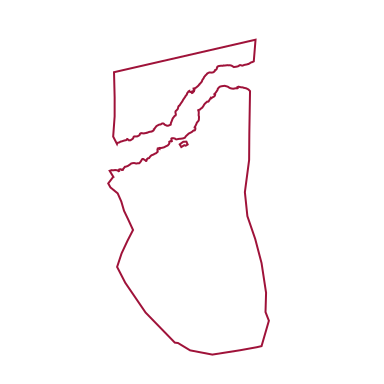 Zemam Out, Al Bahr al Ahmar, Egypt (Albers equal-area conic projection), rotated 97°
{"feature_id": "37247803B70127900746184", "entity_name": "Zemam Out", "entity_type": "district", "adm_level": 2, "iso_a3": "EGY", "parent_name": "Egypt", "parent_adm1": "Al Bahr al Ahmar", "projection": "albers", "projection_center": [31.154, 27.336], "detail": "fine", "context": "isolated", "style": "outline", "palette": "rose", "viewbox_px": 384, "rotation_deg": 97, "n_neighbors": 0, "source": "geoboundaries", "source_scale": "gbopen_adm2", "svg_char_len": 5813}
<svg xmlns="http://www.w3.org/2000/svg" viewBox="0 0 384 384"><g transform="rotate(97 192 192)"><path d="M134.4,202.4L135.9,203.6L136.3,204.0L137.7,205.1L138.5,205.4L138.9,205.6L139.7,207.0L140.1,208.1L140.6,210.1L140.7,210.8L141.0,211.9L141.5,213.3L141.7,214.1L141.5,214.8L141.1,215.3L140.9,216.5L140.9,217.2L141.0,218.0L141.2,218.7L141.4,218.9L141.5,219.0L141.8,219.0L142.7,218.7L144.0,218.2L144.3,218.6L144.1,219.5L144.9,220.7L145.1,220.7L145.3,220.6L146.2,220.4L146.4,220.4L147.4,220.8L148.8,221.8L149.7,223.3L150.7,224.7L151.1,225.3L151.9,227.4L152.1,228.2L152.2,229.5L152.4,229.6L152.6,229.6L153.0,229.4L153.3,229.4L153.2,229.9L152.6,230.2L152.6,230.5L152.9,231.3L153.1,231.3L154.5,231.5L155.1,231.1L155.8,231.0L156.4,231.3L156.5,231.2L157.9,232.4L158.8,234.0L159.3,234.5L159.9,235.5L160.2,236.2L160.9,237.1L162.3,238.1L163.0,238.4L163.6,238.8L163.9,239.4L163.9,239.8L164.0,240.0L164.3,240.2L164.7,240.6L165.6,240.8L166.7,241.1L166.8,241.5L166.3,242.1L166.1,242.4L165.6,243.6L165.2,244.4L165.2,244.9L165.3,245.2L165.7,245.6L167.8,246.5L168.8,247.1L169.7,247.7L170.0,248.1L170.0,248.8L170.0,249.2L170.3,249.9L170.5,250.6L170.5,251.4L170.3,252.4L170.4,253.5L170.5,254.1L171.1,255.8L171.8,256.5L172.1,256.7L173.9,258.8L174.2,259.3L174.8,260.5L174.9,260.9L175.2,261.4L175.2,261.7L176.2,262.3L176.9,262.6L177.3,263.1L178.4,263.2L178.5,263.3L178.6,263.6L178.6,264.2L178.7,264.4L178.5,264.7L178.5,265.1L178.1,265.4L178.2,266.3L178.5,266.7L178.6,267.1L179.3,267.3L179.8,267.3L180.1,267.1L180.3,267.5L180.0,267.8L179.5,269.1L179.6,270.1L179.5,270.4L179.6,270.8L179.6,271.2L179.9,272.1L180.1,273.1L180.1,273.5L180.2,274.0L180.1,274.4L181.0,276.3L186.6,271.9L186.7,272.1L193.7,276.2L197.4,273.5L202.4,265.6L210.1,261.0L218.9,257.2L226.7,252.2L236.9,245.9L248.0,250.0L261.5,254.4L275.5,257.2L290.2,247.2L317.3,223.4L343.6,190.7L343.6,187.5L349.4,174.6L350.9,152.0L343.3,125.3L338.2,108.9L336.5,104.2L310.4,100.0L302.2,104.4L283.0,106.2L254.1,114.3L231.0,123.5L209.2,134.1L185.7,139.5L153.3,139.2L126.4,142.3L84.8,146.7L84.6,146.9L83.3,148.6L82.5,150.8L82.4,151.7L82.3,152.6L82.3,153.2L82.0,154.3L82.0,154.9L82.1,156.1L81.8,158.7L82.4,159.7L83.3,159.3L83.6,159.7L83.7,161.3L84.2,162.8L84.4,163.2L84.5,164.8L84.3,166.6L83.9,167.8L83.7,168.2L83.3,168.8L82.9,170.4L82.8,171.6L82.6,172.4L83.0,174.0L83.5,175.8L84.1,177.2L85.2,178.2L86.5,179.0L87.3,179.0L87.8,179.2L88.4,179.5L90.0,180.3L91.8,181.4L92.1,181.7L92.3,181.4L92.6,180.9L93.7,181.1L94.8,182.0L95.6,183.3L96.6,184.2L96.2,184.8L100.1,186.6L100.4,187.0L100.4,187.9L101.5,188.9L102.2,189.5L102.8,190.0L103.8,190.6L105.1,191.1L105.9,191.5L106.3,191.8L106.9,192.0L107.6,192.7L108.0,193.2L108.5,193.7L108.9,193.9L109.3,194.3L109.4,194.6L110.0,195.8L110.5,195.7L110.7,195.4L111.4,195.1L112.2,195.0L113.0,194.9L114.7,194.8L115.3,194.7L116.5,194.2L119.6,194.0L120.2,194.1L120.6,194.3L121.8,195.1L122.5,195.6L123.4,195.8L125.7,196.5L127.4,197.3L127.5,197.3L127.5,197.1L127.8,196.8L128.0,196.5L128.4,196.4L129.5,196.4L130.4,196.7L130.6,196.9L130.6,197.6L130.8,198.0L131.5,198.7L132.0,199.0L133.1,200.4L134.4,202.4ZM148.7,208.1L146.2,210.0L143.2,206.8L142.7,203.7L145.4,202.1L146.8,203.9L146.5,205.4L148.7,208.1ZM82.6,284.0L107.6,280.3L126.4,278.0L146.6,277.0L153.5,272.3L153.0,272.2L152.2,271.7L151.6,270.1L150.7,269.1L150.4,268.1L149.1,265.4L149.1,265.2L148.8,264.6L148.8,264.3L148.5,263.6L147.9,263.0L147.6,263.0L147.3,262.8L147.3,262.5L148.0,261.6L148.2,260.9L148.4,260.8L148.2,259.5L148.0,259.2L146.4,257.3L145.3,256.8L144.8,256.8L144.2,256.5L144.0,256.3L143.8,255.7L143.8,255.1L143.6,254.2L143.6,253.5L143.3,252.8L142.3,251.4L141.9,251.0L141.5,250.9L140.6,250.7L140.4,250.6L140.2,250.3L140.1,249.9L139.8,249.7L139.7,249.1L139.8,247.6L139.7,246.8L139.6,246.7L139.1,245.0L138.8,244.4L138.7,244.2L138.8,244.0L138.5,243.5L138.4,243.2L138.0,242.7L137.5,241.6L137.1,240.2L137.0,239.5L136.8,239.4L135.8,237.9L135.5,237.6L134.7,237.4L134.4,237.5L134.2,237.2L134.4,237.2L134.1,237.0L133.6,236.9L130.9,235.3L129.3,233.1L129.0,232.4L128.9,231.7L128.6,231.1L128.0,230.5L127.6,229.9L127.5,228.7L127.8,228.1L128.0,228.0L128.5,227.3L128.7,226.9L128.9,226.0L129.2,225.3L129.2,224.2L129.0,223.5L127.9,221.6L127.8,221.4L127.3,221.3L126.3,221.4L124.2,220.8L121.3,220.1L118.6,218.5L118.0,217.6L116.9,217.5L115.2,218.1L114.3,218.2L113.6,218.0L113.1,217.5L111.6,216.4L111.1,216.2L110.8,216.2L110.4,216.1L109.2,216.0L108.3,215.7L108.0,215.5L107.9,215.1L107.3,214.7L107.0,214.6L105.7,214.0L103.3,212.7L101.2,211.9L100.4,211.4L100.1,211.3L98.5,210.4L97.7,210.2L97.4,209.9L96.6,209.5L96.0,209.0L94.8,208.9L94.3,208.7L93.8,208.3L93.5,208.2L93.1,207.9L92.7,207.8L92.4,207.5L92.2,207.2L92.3,207.2L92.7,206.1L93.0,205.9L93.0,205.4L92.9,205.0L93.0,204.7L93.4,204.1L93.7,204.0L93.6,203.7L93.2,203.3L93.0,203.2L92.7,203.2L92.2,203.4L91.9,203.6L91.8,203.3L91.9,203.0L92.2,202.8L91.9,202.3L90.9,202.4L90.4,202.0L89.9,202.0L89.7,202.1L89.5,202.4L89.7,202.8L89.6,203.0L89.1,203.1L88.8,202.1L88.0,200.8L86.2,199.1L85.3,198.4L84.7,198.1L84.4,197.7L83.8,197.6L83.2,197.0L81.2,195.7L79.7,195.4L79.0,195.1L77.9,194.4L76.7,194.1L76.0,193.7L75.3,193.2L74.8,193.0L73.3,191.7L72.7,191.5L72.5,191.3L72.0,190.6L71.6,190.0L71.2,189.2L71.1,187.1L71.0,186.6L70.6,185.5L70.2,185.0L69.9,184.7L69.1,184.1L68.6,184.2L68.3,184.1L67.8,183.1L67.3,182.7L66.5,182.4L65.7,182.4L65.1,182.1L64.6,182.1L64.4,181.9L63.8,181.1L63.8,180.8L63.3,179.4L63.0,177.6L63.0,177.0L62.9,176.8L62.8,176.4L62.6,176.2L62.5,175.0L61.9,172.6L61.8,171.9L61.8,171.4L61.8,171.1L61.6,170.0L61.6,169.4L61.7,168.5L61.9,167.8L62.9,165.7L62.6,164.7L62.3,163.5L62.2,163.2L61.7,161.8L61.2,161.0L60.4,160.3L60.2,159.6L60.2,159.0L60.4,158.3L60.4,157.2L59.5,155.6L58.6,152.8L58.2,152.2L58.1,151.5L57.9,151.4L57.4,150.6L56.6,149.7L56.4,149.4L56.2,149.1L55.9,148.6L55.8,148.1L54.8,146.6L33.1,147.5L82.6,284.0Z" fill="none" stroke="#9f1239" stroke-width="2"/></g></svg>